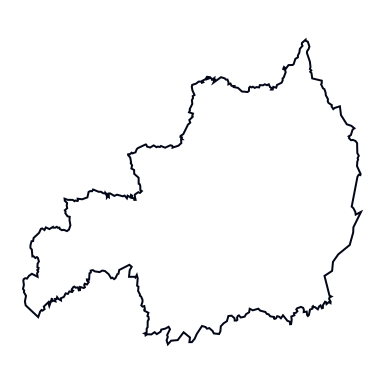 Cuautitlán de García Barragán, Jalisco, Mexico
{"feature_id": "50627088B76976596426354", "entity_name": "Cuautitlán de García Barragán", "entity_type": "district", "adm_level": 2, "iso_a3": "MEX", "parent_name": "Mexico", "parent_adm1": "Jalisco", "projection": "equal_earth", "projection_center": [-104.358, 19.461], "detail": "fine", "context": "isolated", "style": "outline", "palette": "ink", "viewbox_px": 384, "rotation_deg": 0, "n_neighbors": 0, "source": "geoboundaries", "source_scale": "gbopen_adm2", "svg_char_len": 5901}
<svg xmlns="http://www.w3.org/2000/svg" viewBox="0 0 384 384"><path d="M270.2,316.3L274.0,317.0L274.0,318.5L274.7,318.9L276.0,318.3L277.2,316.2L279.3,316.8L280.9,318.3L283.0,315.3L287.4,320.8L290.0,321.8L290.1,324.2L291.1,324.1L291.7,319.8L291.3,316.5L294.4,315.3L293.9,313.2L295.9,312.8L297.4,311.2L296.3,309.4L297.3,308.2L301.0,306.9L303.2,307.9L303.9,310.0L303.7,312.1L306.7,311.6L307.1,315.0L307.9,316.0L308.9,315.0L310.0,309.6L312.4,308.7L312.4,306.8L313.0,306.2L313.5,307.2L314.8,307.0L317.8,309.3L319.1,306.5L320.5,305.4L321.9,308.3L322.9,307.9L322.9,305.3L325.1,301.7L326.1,302.2L326.5,304.1L328.9,302.1L330.5,303.1L330.6,301.6L329.1,299.0L329.5,297.5L331.4,296.5L329.5,295.6L324.5,275.9L332.1,270.9L333.0,261.8L338.3,254.3L349.7,245.0L353.2,232.4L353.4,227.3L361.0,211.9L355.7,214.6L355.3,211.9L353.4,208.2L351.7,206.6L357.5,176.6L358.8,174.7L360.3,175.1L360.6,174.0L357.0,166.1L357.3,161.8L358.1,159.4L357.6,158.2L358.8,155.8L357.3,153.0L357.1,143.1L355.5,141.0L352.8,139.9L351.0,140.2L349.0,138.1L349.4,136.7L348.8,136.3L350.9,135.0L352.6,129.6L354.4,128.3L351.3,125.8L346.8,124.3L341.0,115.1L339.9,106.3L334.8,107.9L333.3,109.1L331.6,106.4L331.8,105.1L328.5,102.9L327.8,101.5L327.9,99.0L325.8,95.2L325.6,92.6L324.4,89.2L323.0,88.3L321.1,84.3L321.7,83.4L321.8,80.7L312.2,78.4L311.5,73.1L310.2,71.8L311.3,70.4L309.9,69.0L310.5,67.1L309.9,61.7L306.9,52.9L307.2,50.9L308.5,49.3L309.4,46.6L307.8,41.7L305.7,40.8L305.6,39.7L302.0,42.9L301.8,44.3L302.5,45.8L299.9,48.8L299.3,52.7L297.9,55.5L297.9,57.4L295.4,58.8L293.7,64.1L292.6,65.0L288.5,65.1L286.0,68.5L284.0,67.0L283.2,69.0L285.0,69.9L285.7,72.1L283.7,77.5L282.6,78.5L282.7,80.3L281.6,82.7L277.0,85.0L276.2,87.7L273.3,86.9L272.7,89.5L271.2,89.5L272.0,88.2L270.1,87.2L268.8,84.3L267.1,85.2L264.8,84.3L263.0,85.3L259.9,85.1L259.1,87.4L256.5,87.1L254.7,87.9L252.9,86.7L251.7,87.4L250.1,86.7L249.1,87.8L248.9,91.0L247.6,92.0L241.9,91.5L238.0,87.9L233.9,87.1L234.4,86.1L231.5,85.8L230.5,83.6L228.4,84.3L228.6,82.8L227.5,79.6L225.9,79.6L224.6,78.3L221.0,77.2L213.5,82.6L214.8,79.7L213.8,79.8L214.2,78.1L212.0,79.7L211.3,78.3L210.4,77.9L206.9,79.2L207.2,77.8L208.5,77.0L207.0,76.8L205.6,79.1L202.3,80.8L203.3,82.2L201.9,82.8L201.4,81.6L198.6,81.6L196.3,83.5L192.2,84.9L191.8,86.8L192.4,90.3L194.5,95.0L192.7,96.1L193.0,98.1L191.9,100.2L192.3,103.9L189.7,109.2L190.0,110.1L189.0,112.3L193.0,113.6L192.2,116.0L192.7,116.8L189.3,120.0L190.2,122.7L188.0,124.6L183.3,134.1L180.6,135.9L180.4,136.9L181.9,137.4L181.4,138.4L182.2,139.2L181.1,139.2L181.3,143.1L178.4,145.7L172.6,147.6L172.8,146.6L172.0,145.7L170.3,145.3L165.1,147.7L160.9,146.0L159.9,147.0L157.8,146.6L156.5,147.2L153.7,145.4L150.1,147.5L147.1,146.6L146.2,144.6L145.5,144.5L137.9,148.1L136.8,149.1L135.5,152.3L132.4,153.4L131.6,152.7L129.8,154.3L128.2,154.2L128.0,154.9L130.2,157.5L131.1,162.4L130.7,163.1L132.1,165.3L131.4,168.5L134.1,170.0L134.2,173.8L138.6,177.7L138.7,183.8L139.7,184.2L140.3,186.0L140.3,190.0L141.8,191.1L140.0,192.9L138.3,192.2L135.2,194.3L134.6,195.2L135.6,199.9L134.3,199.9L134.1,198.3L132.1,198.0L132.0,195.6L131.0,194.9L130.4,197.4L127.6,195.7L126.9,198.3L124.6,195.6L122.9,196.3L117.0,194.7L114.3,195.9L110.1,193.4L108.7,193.5L108.9,197.2L107.8,196.4L106.9,197.5L106.9,194.2L106.1,194.4L106.0,192.8L105.8,193.4L105.2,192.6L105.0,193.5L102.8,193.1L101.1,191.8L98.7,191.8L93.1,189.5L92.1,191.2L90.1,191.1L88.6,192.0L87.4,197.4L82.1,199.3L77.7,198.7L77.9,200.7L77.4,201.0L75.4,200.5L74.5,201.2L72.7,199.9L67.8,199.9L64.6,198.7L64.8,200.8L67.1,203.0L66.7,205.6L67.2,208.2L64.8,210.3L65.6,211.7L65.3,213.1L67.5,216.3L69.7,216.8L69.5,220.2L70.4,225.3L69.0,229.5L67.0,231.1L63.7,229.8L62.0,230.2L59.7,228.9L59.4,227.6L57.8,227.8L56.8,226.8L55.2,227.7L53.1,227.6L52.9,226.9L49.4,229.1L45.8,227.4L44.5,230.0L42.1,228.4L40.9,228.9L39.1,232.8L33.6,238.0L33.1,241.0L31.6,241.2L30.5,245.0L30.4,247.9L31.8,249.5L32.4,256.4L33.4,256.2L35.4,258.0L36.9,257.1L37.9,258.0L38.9,261.5L37.6,263.7L37.4,267.4L38.6,267.9L38.2,269.7L37.3,270.1L38.2,271.7L37.1,273.3L37.6,276.8L31.9,273.8L29.0,275.8L27.0,278.6L25.2,278.2L23.7,279.2L23.3,280.5L23.9,284.9L23.0,289.0L24.2,290.5L23.9,292.2L26.0,295.8L24.9,301.5L25.7,305.4L38.2,317.1L40.1,311.7L41.5,310.0L42.6,310.6L44.6,309.1L43.8,306.6L48.9,301.7L49.6,302.3L48.7,303.9L49.3,306.0L51.7,298.9L52.3,299.1L52.1,301.2L53.2,300.6L55.5,301.4L55.1,299.0L56.5,299.0L57.1,297.1L58.5,299.0L61.0,300.4L60.8,298.3L63.9,296.9L65.6,293.4L67.9,293.9L69.4,291.4L72.1,292.0L73.0,290.7L71.9,290.5L71.7,289.4L73.5,286.9L74.4,286.6L75.6,287.7L77.9,287.4L78.8,290.3L80.0,290.1L80.1,287.0L83.7,288.0L84.9,287.3L84.2,284.9L84.8,283.7L87.0,284.5L88.7,282.1L87.0,280.6L86.9,279.4L89.1,279.6L89.5,273.3L90.8,272.5L90.7,270.6L92.8,270.1L94.9,271.4L99.6,272.1L102.2,270.6L104.9,271.0L108.7,274.2L111.1,278.2L112.4,277.7L114.1,279.1L115.4,278.2L117.4,274.2L118.5,273.7L119.2,270.0L129.4,264.8L131.7,266.8L129.7,270.2L129.0,276.8L134.6,276.8L135.4,277.6L136.8,274.9L137.7,278.3L137.1,285.7L138.5,286.8L138.1,291.0L139.9,294.3L139.9,295.7L141.1,296.5L142.5,299.8L142.5,301.9L141.3,305.4L142.5,306.6L144.3,306.1L144.9,309.1L144.2,309.8L144.4,310.7L148.4,312.8L147.4,316.0L148.4,316.7L148.8,319.3L147.7,321.1L147.6,327.3L146.7,328.6L146.6,332.5L144.5,333.4L145.4,333.8L145.6,335.3L147.1,334.3L151.4,334.4L154.6,332.2L156.8,334.1L160.6,331.7L161.3,329.6L165.4,328.6L168.6,326.8L170.0,329.2L167.1,335.1L167.8,336.9L166.6,340.3L167.9,344.3L171.1,340.7L177.7,340.1L183.6,332.3L190.0,337.5L189.4,342.1L191.9,342.1L194.7,338.7L196.7,334.1L202.0,326.0L205.5,327.0L207.0,328.7L209.3,328.1L212.6,331.0L213.8,333.4L219.1,334.0L220.4,331.3L220.8,326.3L223.6,323.3L226.9,321.2L228.4,316.0L231.6,315.7L234.5,318.2L234.7,320.5L236.6,320.5L237.3,319.9L237.1,317.4L237.9,315.9L238.9,315.4L240.8,317.5L244.7,316.6L246.0,314.2L249.1,312.3L249.7,308.8L252.8,310.3L258.4,308.7L260.1,310.6L265.4,312.0L266.8,313.9L268.6,314.3L270.2,316.3Z" fill="none" stroke="#020617" stroke-width="2"/></svg>